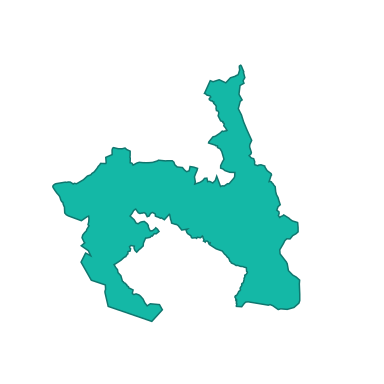 outline of Tafawa-Balewa, Bauchi, Nigeria, rotated 17°
{"feature_id": "59680162B48786148420785", "entity_name": "Tafawa-Balewa", "entity_type": "district", "adm_level": 2, "iso_a3": "NGA", "parent_name": "Nigeria", "parent_adm1": "Bauchi", "projection": "robinson", "projection_center": [9.578, 9.844], "detail": "fine", "context": "isolated", "style": "filled", "palette": "teal", "viewbox_px": 384, "rotation_deg": 17, "n_neighbors": 0, "source": "geoboundaries", "source_scale": "gbopen_adm2", "svg_char_len": 6092}
<svg xmlns="http://www.w3.org/2000/svg" viewBox="0 0 384 384"><g transform="rotate(17 192 192)"><path d="M272.1,167.6L270.0,162.6L268.3,161.6L267.0,160.4L265.6,159.8L265.0,159.1L263.5,159.0L262.7,159.5L262.8,153.1L263.1,152.5L262.3,151.3L257.6,149.6L254.5,146.9L254.0,145.9L250.0,145.8L248.0,146.7L247.3,147.6L244.2,147.6L243.6,146.8L243.1,144.7L241.2,142.1L239.2,142.2L238.0,141.8L236.9,141.0L236.0,140.6L237.3,138.2L237.2,136.8L234.0,132.2L233.7,131.2L233.4,129.8L234.0,125.2L226.6,116.8L220.8,109.8L216.8,103.9L211.9,98.8L211.6,91.2L213.0,89.3L208.7,85.2L208.3,84.6L206.8,76.1L209.9,72.8L208.3,70.7L209.1,67.2L206.3,62.7L206.4,62.0L202.4,57.1L201.5,56.5L200.9,57.1L200.5,57.7L200.7,58.7L201.9,61.4L201.9,65.4L201.7,66.5L200.0,67.9L199.9,68.4L195.4,71.5L192.4,77.7L185.2,76.7L179.9,80.4L176.9,80.2L175.1,94.1L175.9,94.0L178.0,95.0L180.9,94.8L181.7,95.2L182.2,95.8L181.5,97.0L181.2,98.0L181.7,98.7L183.7,99.3L184.6,98.9L185.3,99.6L186.6,99.6L186.8,100.8L189.4,102.2L190.2,103.2L190.6,105.2L191.6,107.0L192.7,106.8L193.7,107.4L194.4,108.3L194.6,109.5L194.7,111.5L198.6,115.6L201.0,115.7L201.2,116.6L202.6,117.1L203.0,117.6L202.9,119.0L203.4,119.7L205.4,120.9L206.3,121.9L207.5,122.8L207.2,123.3L205.5,124.1L204.4,124.9L203.1,124.9L201.8,127.2L200.8,128.5L198.0,131.9L195.9,133.1L193.4,139.3L193.5,140.3L200.5,140.4L201.0,140.8L202.9,140.5L203.4,142.0L206.1,142.4L208.6,144.6L213.0,151.3L212.3,154.2L211.7,158.4L212.4,160.8L214.8,160.9L217.2,161.9L222.5,162.1L227.3,160.8L228.3,165.0L228.0,166.5L225.1,173.2L223.5,173.7L221.1,176.8L219.0,177.3L217.7,178.4L211.0,169.7L210.9,174.2L209.2,177.3L205.8,176.7L204.3,177.2L203.9,177.5L202.2,174.4L200.0,175.3L199.2,177.3L199.2,177.6L196.9,180.4L192.3,183.6L192.2,181.3L189.9,176.8L190.1,173.4L190.5,169.9L190.4,167.8L186.5,167.7L182.7,168.2L183.1,172.5L181.0,174.1L180.7,174.1L178.4,173.2L175.7,171.4L170.5,172.4L167.5,170.9L166.0,168.8L164.0,167.9L159.3,169.3L157.6,170.0L150.6,171.4L149.9,172.3L145.7,175.2L142.1,176.6L139.7,177.4L136.5,178.3L132.9,179.0L130.7,180.5L127.8,183.5L126.5,182.3L125.9,182.0L124.3,182.1L123.0,177.5L122.5,177.1L122.1,175.0L120.9,171.0L117.2,170.5L115.1,169.5L112.5,171.1L108.7,172.2L104.0,172.5L103.3,173.3L103.3,175.2L104.7,179.6L99.4,184.1L101.3,188.9L101.2,190.0L96.2,191.4L95.9,192.8L94.8,195.0L94.3,197.1L92.6,201.4L90.8,203.6L90.3,205.1L87.3,207.3L84.6,212.0L80.5,216.5L79.1,217.9L76.9,218.1L76.1,219.1L72.7,218.1L70.7,218.6L69.2,219.5L68.0,219.6L60.1,223.5L58.9,224.2L57.7,225.7L57.2,227.1L57.8,228.3L60.4,230.5L63.0,232.5L66.1,234.4L67.4,235.8L68.7,237.8L69.5,238.6L70.4,239.4L71.5,239.6L72.5,241.5L73.9,243.2L74.3,243.4L76.4,249.2L78.4,250.5L80.7,251.0L94.6,251.8L98.9,246.3L100.2,245.3L101.2,247.4L102.0,250.9L102.1,253.7L103.4,254.4L102.3,258.6L102.4,260.0L101.2,262.2L100.1,265.1L100.2,267.9L103.7,271.7L104.3,272.0L101.8,275.8L110.0,278.4L113.8,282.6L108.1,281.5L106.4,291.5L121.5,305.8L136.3,306.2L137.8,310.3L137.8,312.4L138.3,313.8L145.3,325.9L191.4,327.5L198.1,313.3L193.8,309.2L184.8,311.1L182.4,314.0L179.2,311.7L176.5,308.7L173.3,306.7L171.3,305.9L168.3,305.8L166.3,307.1L164.8,306.6L164.5,306.3L164.3,302.9L159.4,302.1L159.0,301.2L157.0,300.5L156.8,299.9L154.5,298.7L153.5,298.7L152.6,297.9L151.6,297.7L148.4,292.8L144.8,290.7L143.4,288.0L141.1,286.5L138.7,284.2L139.8,283.1L144.1,277.9L145.9,274.8L147.0,273.5L147.5,273.3L148.3,270.4L148.8,269.9L148.2,267.9L148.9,267.3L150.0,266.7L149.9,264.2L149.0,263.8L148.2,262.6L149.2,261.0L152.7,260.7L152.8,262.1L153.3,263.1L154.6,264.6L156.7,265.7L158.4,262.2L159.2,261.3L160.7,258.5L161.1,257.9L160.5,255.1L161.1,249.6L161.9,249.4L165.2,247.6L166.1,245.8L166.9,245.8L168.1,242.8L169.9,242.5L172.0,239.4L169.9,237.7L167.8,236.8L167.3,238.1L165.4,240.7L163.4,241.4L161.3,239.3L160.0,237.3L160.0,236.8L158.3,235.4L155.0,234.1L153.0,235.0L151.5,236.0L149.8,238.1L147.7,238.1L144.7,235.4L139.8,233.1L141.0,229.7L141.6,226.8L142.9,224.9L143.2,224.8L146.8,227.6L148.5,227.8L150.1,226.8L150.5,226.8L152.2,225.7L154.1,226.2L154.6,226.9L156.4,228.7L158.0,227.5L158.4,225.3L159.1,224.0L160.2,223.1L163.0,223.6L163.5,224.2L164.0,225.7L165.4,225.9L167.1,225.9L169.4,226.3L170.2,225.7L173.7,226.6L176.8,219.9L177.0,219.9L177.3,220.2L179.7,224.7L180.5,225.6L181.6,227.7L185.7,227.8L186.1,227.5L188.4,228.0L193.3,231.4L198.4,228.9L197.5,230.3L199.0,232.3L200.3,233.2L203.2,234.0L204.1,234.6L204.6,235.5L205.6,236.0L208.7,234.7L210.0,235.0L210.3,233.7L211.6,233.5L213.3,233.4L213.9,232.7L214.7,231.1L215.3,231.4L216.3,233.0L217.4,234.0L217.3,235.6L218.4,235.6L219.3,236.1L219.7,234.8L221.0,234.5L222.0,234.9L222.9,236.1L223.7,235.7L224.6,234.7L223.9,237.1L231.7,239.3L238.2,239.6L241.2,241.8L243.1,242.6L244.9,244.0L246.2,244.3L247.6,245.9L248.3,247.0L249.8,247.7L250.4,248.4L253.4,248.7L255.7,249.4L256.8,248.9L258.3,248.8L259.9,249.0L262.7,248.4L263.6,248.6L266.1,248.5L267.4,251.9L267.7,252.2L268.2,252.2L268.5,252.8L268.4,253.5L267.7,255.4L267.2,255.6L266.8,256.1L266.8,256.4L267.2,256.9L267.3,257.8L267.0,259.3L267.6,261.1L267.4,261.7L267.6,263.2L267.5,263.8L266.7,264.7L266.4,265.3L266.5,265.9L266.9,266.3L266.9,267.1L266.2,269.1L266.2,269.6L266.3,270.4L266.9,271.2L267.0,271.6L266.5,272.7L266.1,272.9L265.7,273.7L265.6,275.2L264.9,277.7L264.6,278.3L263.9,278.4L263.7,279.7L263.9,280.1L265.0,281.0L265.1,281.6L265.5,282.2L265.5,282.7L265.9,282.8L266.2,282.4L266.5,283.3L266.4,283.8L266.8,284.1L266.8,285.3L267.1,285.6L267.5,285.7L267.7,286.1L267.6,287.5L267.9,288.4L273.1,287.2L274.5,283.4L275.5,281.6L277.8,280.6L298.1,277.9L299.6,276.8L302.5,277.1L308.8,279.2L311.0,277.8L317.4,276.4L323.3,272.6L326.7,267.1L326.8,264.4L324.9,258.2L321.5,248.5L320.7,244.8L316.6,242.9L312.6,242.0L307.2,239.0L304.0,232.7L303.4,232.2L302.9,231.5L294.3,225.4L292.8,221.6L294.5,214.6L295.0,211.4L295.8,209.9L296.4,209.0L299.5,208.2L301.1,204.2L303.6,201.6L305.1,199.1L303.8,194.9L302.0,190.4L301.9,190.3L296.4,190.3L293.7,189.4L292.4,188.7L286.4,187.1L285.7,188.3L284.2,189.4L283.4,190.7L281.5,189.3L281.6,187.1L280.9,185.5L278.4,184.6L278.6,180.8L280.1,178.4L277.4,174.5L276.0,172.3L273.4,169.7L272.7,168.4L272.1,167.6Z" fill="#14b8a6" stroke="#0f766e" stroke-width="1.5"/></g></svg>